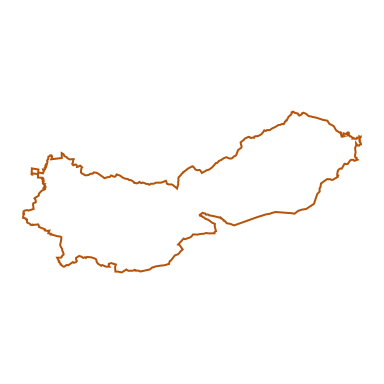 Remetea, Bihor, Romania (Robinson projection)
{"feature_id": "2599482B38217862472768", "entity_name": "Remetea", "entity_type": "district", "adm_level": 2, "iso_a3": "ROU", "parent_name": "Romania", "parent_adm1": "Bihor", "projection": "robinson", "projection_center": [22.374, 46.741], "detail": "fine", "context": "isolated", "style": "outline", "palette": "amber", "viewbox_px": 384, "rotation_deg": 0, "n_neighbors": 0, "source": "geoboundaries", "source_scale": "gbopen_adm2", "svg_char_len": 5945}
<svg xmlns="http://www.w3.org/2000/svg" viewBox="0 0 384 384"><path d="M182.7,249.5L179.4,244.8L178.2,244.5L183.6,238.6L185.0,239.2L189.6,237.6L191.4,236.5L193.1,234.4L197.7,234.6L200.2,234.0L204.1,233.7L206.0,233.0L209.0,233.4L214.5,233.3L214.6,232.1L215.4,231.4L216.0,231.2L214.7,226.2L214.9,223.9L212.1,222.7L208.3,219.8L205.3,218.7L204.2,217.6L202.5,216.9L202.1,216.2L200.0,215.7L199.7,214.9L202.7,212.8L203.7,213.3L204.9,213.3L206.1,214.7L207.4,214.4L208.8,214.8L209.0,215.3L214.1,216.2L219.3,217.5L220.4,217.3L220.9,217.8L220.6,218.0L220.7,218.3L222.0,218.8L223.7,220.1L223.6,220.6L224.9,221.1L226.7,223.2L230.4,223.9L234.1,225.4L257.6,217.0L266.0,214.4L270.2,213.7L271.4,213.1L275.6,212.0L291.5,213.2L294.5,213.7L298.1,210.9L302.0,209.6L306.1,209.0L313.9,203.9L317.3,193.9L319.4,191.9L319.7,191.3L319.5,189.9L319.7,188.1L320.4,187.3L321.0,183.5L326.6,179.4L327.8,179.0L328.6,179.3L330.3,179.2L331.4,179.9L332.8,179.8L337.6,177.0L337.3,176.2L338.0,175.9L338.2,175.5L337.3,174.9L337.2,174.1L337.8,170.9L338.8,169.5L340.2,168.5L341.7,168.7L344.4,163.9L344.8,163.7L346.7,164.2L347.7,164.0L350.1,160.5L350.9,159.9L353.3,159.8L354.3,160.8L357.5,159.7L356.5,158.9L356.3,158.3L356.5,157.8L355.3,157.4L354.9,155.5L355.6,152.6L355.1,148.1L356.2,145.1L356.1,143.3L356.8,144.3L356.9,145.1L357.9,145.6L358.5,145.4L359.0,145.6L359.5,144.9L361.0,144.3L360.9,143.3L360.1,142.6L359.6,141.8L360.1,141.0L359.4,140.4L359.4,139.5L359.8,139.3L360.0,137.6L360.7,137.2L360.7,136.8L360.2,137.1L359.4,136.5L359.4,137.4L356.9,137.7L356.8,138.0L357.1,138.4L356.7,138.8L352.6,138.6L353.1,137.8L352.4,137.6L350.5,136.2L350.0,136.4L349.2,135.3L348.0,135.4L348.9,133.8L348.9,132.9L348.8,132.6L347.8,132.4L347.1,133.0L348.1,134.0L347.8,134.1L346.3,134.2L343.5,133.3L343.2,134.8L343.4,135.7L344.3,136.1L342.6,136.7L341.6,136.6L341.1,135.0L341.0,132.7L340.7,132.3L339.8,132.7L336.2,130.4L333.6,126.0L329.3,123.8L327.4,120.7L323.0,119.9L316.8,117.8L308.5,116.0L306.4,114.0L303.5,112.7L302.0,113.3L301.7,114.4L299.4,115.6L298.3,114.7L298.4,114.2L297.8,113.5L294.8,112.8L293.1,111.6L291.7,112.3L292.0,112.8L290.9,114.8L288.6,116.7L286.7,120.5L285.8,120.5L285.5,121.5L284.8,121.8L284.5,123.0L283.7,124.1L282.1,123.9L280.1,124.9L278.5,125.0L275.4,126.9L272.0,128.5L269.6,130.2L267.2,130.0L265.8,131.0L264.3,130.3L263.0,132.4L261.0,134.5L258.2,136.0L254.8,136.4L254.4,136.8L254.2,137.7L252.1,137.6L251.1,138.0L250.3,137.8L249.6,137.0L248.6,136.8L244.8,138.6L243.9,139.8L240.6,142.4L241.2,145.3L241.6,146.1L241.4,147.6L238.0,150.2L236.3,154.9L235.6,155.7L234.0,156.4L232.4,158.0L231.2,158.5L229.4,158.5L226.4,157.2L223.9,158.1L221.2,160.0L219.0,160.9L217.3,162.8L216.0,163.0L212.2,167.3L208.9,169.7L207.0,170.1L201.9,173.0L200.4,170.6L199.6,170.0L197.2,170.2L196.0,169.8L195.3,169.4L193.9,167.3L193.2,167.0L192.7,166.3L192.1,166.4L188.1,168.5L185.0,171.0L183.2,172.1L183.3,172.5L181.7,173.8L180.8,175.2L178.8,177.0L178.3,178.5L178.6,180.6L178.2,181.3L178.2,184.4L177.0,188.5L175.1,186.7L174.3,186.4L173.2,185.2L171.6,184.4L169.3,184.5L167.1,183.9L165.9,180.8L161.0,182.7L156.0,182.7L153.4,183.8L151.1,183.7L149.2,184.8L148.1,184.0L145.9,183.8L143.8,182.8L142.5,182.6L142.1,183.0L141.2,183.1L139.5,181.9L138.9,182.3L138.9,182.6L136.9,183.4L134.1,182.8L133.8,182.0L131.4,180.3L129.1,180.0L128.2,179.2L124.4,178.4L122.3,177.3L120.2,175.7L116.7,174.4L116.4,174.7L116.4,175.2L115.0,176.7L113.3,176.5L112.1,175.7L111.0,175.5L110.3,176.5L108.8,177.2L107.8,177.1L104.3,178.2L103.7,177.5L97.5,173.2L95.6,172.6L93.6,172.5L93.1,173.4L92.4,173.7L90.2,173.8L88.8,174.9L86.5,175.3L84.8,175.2L83.4,174.1L81.6,173.3L80.9,172.3L81.1,169.9L81.5,168.1L82.1,167.3L80.1,165.6L77.9,166.8L77.0,166.9L77.1,166.4L76.3,164.7L75.2,164.5L73.3,165.3L72.4,164.4L72.3,163.5L72.8,163.1L73.2,160.0L73.7,159.5L73.7,159.1L69.7,159.4L67.6,158.3L66.6,157.2L64.2,155.9L64.0,155.0L63.4,154.1L61.7,153.1L61.8,158.0L51.2,159.3L51.9,157.7L52.0,156.6L51.6,155.4L50.1,155.4L49.9,156.1L48.4,156.7L48.1,159.2L47.7,159.5L47.1,160.8L47.5,161.7L46.7,164.6L46.5,164.0L46.1,164.1L45.5,165.5L46.2,165.7L46.2,166.1L45.9,166.9L45.0,167.5L45.5,168.0L45.0,169.3L43.0,169.4L43.1,169.8L43.5,169.9L43.9,170.8L43.0,173.3L38.2,172.5L38.4,169.5L31.9,168.4L31.6,174.4L32.4,174.6L32.5,173.3L38.1,174.2L37.9,177.5L42.8,177.8L43.1,178.3L42.1,178.8L42.2,179.3L43.5,179.7L43.6,180.1L43.1,180.4L43.6,181.1L42.8,181.5L43.3,182.5L42.9,182.7L42.8,183.2L43.4,184.0L43.7,183.7L44.4,183.9L43.8,184.3L44.5,184.9L43.9,185.3L44.9,185.2L45.2,186.0L44.6,186.3L44.6,187.3L44.2,187.1L43.7,187.8L44.4,187.8L44.5,188.5L45.0,188.3L44.8,188.7L45.0,189.2L41.6,190.8L38.8,193.8L38.8,195.5L34.5,198.3L35.5,199.8L35.9,201.9L35.7,202.3L33.4,203.2L33.0,204.3L33.6,209.0L28.3,210.6L27.2,210.1L25.0,210.5L23.6,211.3L23.7,211.8L23.3,213.4L24.0,213.4L24.1,214.0L23.4,215.4L23.0,217.8L25.5,218.3L25.7,219.3L27.0,219.5L27.0,221.8L27.3,222.7L29.6,223.6L30.9,225.0L32.4,224.6L32.5,225.0L38.2,224.4L38.9,225.9L38.9,226.9L44.9,229.3L44.8,230.4L47.4,230.9L49.3,230.6L48.3,233.2L50.9,233.8L50.7,234.6L52.1,234.7L57.8,236.3L60.0,236.5L61.3,237.1L61.3,239.3L60.2,244.8L60.5,246.2L62.2,249.1L62.2,250.3L63.4,253.0L63.6,254.6L62.3,255.6L61.5,257.2L61.0,257.6L57.1,257.7L58.6,260.5L59.3,261.2L58.8,261.8L61.0,264.2L61.2,264.6L60.9,264.8L63.5,266.7L64.2,266.7L66.6,265.0L68.4,265.2L72.8,262.1L73.8,262.8L75.9,262.2L76.7,261.3L76.7,260.5L76.2,259.8L76.0,257.9L79.1,256.0L81.3,256.6L83.1,257.9L84.9,257.2L85.9,258.0L87.1,256.9L91.6,257.4L94.4,258.4L95.8,259.1L96.3,259.6L96.5,261.4L97.7,263.5L101.2,265.8L102.2,265.0L106.1,266.7L109.5,266.7L108.8,265.7L108.8,263.9L111.1,263.1L115.9,264.5L115.1,266.9L115.4,271.6L117.9,271.6L121.8,272.4L126.4,269.5L127.7,270.5L128.6,270.8L132.7,270.7L134.1,270.3L134.6,269.8L135.5,270.1L135.6,270.7L138.6,270.7L140.4,271.5L149.7,269.5L152.4,267.4L154.2,267.1L155.2,266.5L161.5,265.5L163.6,265.4L168.7,264.1L168.5,263.7L169.1,263.3L169.8,261.1L170.5,260.9L175.0,255.3L178.3,254.2L180.7,251.2L182.7,249.5Z" fill="none" stroke="#b45309" stroke-width="2"/></svg>